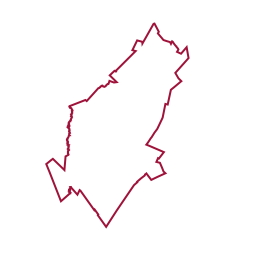 the district of San Carlos, Tamaulipas, Mexico, rotated 42°
{"feature_id": "50627088B50808135515574", "entity_name": "San Carlos", "entity_type": "district", "adm_level": 2, "iso_a3": "MEX", "parent_name": "Mexico", "parent_adm1": "Tamaulipas", "projection": "equal_earth", "projection_center": [-99.087, 24.498], "detail": "fine", "context": "isolated", "style": "outline", "palette": "rose", "viewbox_px": 256, "rotation_deg": 42, "n_neighbors": 0, "source": "geoboundaries", "source_scale": "gbopen_adm2", "svg_char_len": 4747}
<svg xmlns="http://www.w3.org/2000/svg" viewBox="0 0 256 256"><g transform="rotate(42 128 128)"><path d="M76.2,56.8L79.2,67.2L82.2,65.7L80.7,93.7L81.2,93.8L81.2,94.1L80.9,94.1L80.7,94.0L80.4,93.9L80.3,94.0L80.0,94.7L79.7,94.7L79.2,101.1L88.9,101.5L87.3,103.4L87.1,103.6L82.7,105.4L84.0,108.3L83.8,108.7L83.4,108.9L83.3,109.4L83.4,109.7L83.2,110.7L83.4,111.9L83.2,112.2L83.2,112.5L83.0,113.1L82.5,113.3L82.3,113.5L82.0,113.7L81.7,113.6L81.4,113.8L80.7,113.6L80.5,114.0L80.1,114.3L80.1,114.8L79.9,115.5L80.1,116.0L80.1,116.3L79.8,116.7L79.8,117.6L79.3,118.2L79.3,135.6L77.6,135.7L70.0,150.8L69.9,150.9L69.9,151.2L70.4,151.5L70.7,151.3L70.8,151.4L71.0,151.4L71.2,151.6L71.3,151.7L71.6,151.8L71.7,151.7L71.9,151.5L72.2,151.3L72.7,151.2L72.9,151.3L74.2,151.9L74.3,151.9L74.3,152.2L74.9,152.2L74.9,152.6L75.1,152.7L75.2,153.0L75.3,153.2L75.5,153.1L75.7,153.6L75.9,153.7L76.1,154.0L76.4,154.0L76.5,154.1L76.4,154.4L76.5,154.7L76.4,154.9L76.4,155.0L76.8,155.2L76.7,155.5L76.9,155.9L76.8,156.1L77.1,156.2L77.5,156.4L77.5,156.6L77.6,156.8L77.8,156.9L77.8,157.1L78.2,157.0L78.3,157.1L78.3,157.3L78.7,157.2L79.0,157.3L79.0,157.7L79.2,157.9L79.3,158.5L79.5,158.7L79.5,159.1L79.6,159.3L79.6,159.5L79.7,160.0L79.8,160.1L80.0,160.0L80.2,160.4L80.2,160.6L80.3,160.6L80.3,160.8L80.4,161.0L80.2,161.0L80.2,161.5L80.2,162.1L80.4,162.3L80.4,162.5L80.2,163.0L80.5,163.7L80.5,164.0L80.8,164.2L80.9,164.3L81.1,164.3L81.1,164.5L81.4,164.6L81.5,165.0L81.7,164.7L81.8,164.8L81.9,165.0L82.3,165.1L82.3,165.4L82.6,165.4L82.6,165.5L82.4,165.7L82.5,165.8L82.7,166.1L82.5,166.3L82.5,166.5L82.7,166.3L82.9,166.3L82.8,166.5L83.1,166.6L83.0,166.8L82.9,167.0L83.0,167.0L83.2,167.4L83.4,167.6L83.3,167.8L83.5,167.8L83.6,167.7L83.7,167.9L83.8,167.9L83.7,167.6L83.8,167.6L84.1,167.7L84.3,167.6L84.6,167.7L84.7,167.9L85.0,167.9L85.2,168.3L85.3,168.4L85.5,168.4L85.7,168.7L85.8,168.7L86.1,168.7L86.2,169.0L86.2,169.6L86.4,169.8L86.5,170.0L86.9,170.0L87.0,170.2L87.6,170.2L87.7,170.5L87.8,170.5L88.1,170.6L88.0,170.8L88.1,171.0L88.1,171.4L88.2,171.9L88.6,172.1L88.7,172.3L88.8,172.4L89.4,172.5L89.2,172.7L89.2,173.1L89.3,173.1L89.3,173.3L89.5,173.9L89.7,174.5L89.9,174.8L89.9,175.1L89.9,175.5L90.0,175.6L89.9,175.9L89.9,176.0L90.1,176.0L90.2,176.3L90.2,176.6L90.3,176.7L90.3,176.8L90.3,177.1L90.5,177.1L90.5,177.3L90.6,177.6L90.8,177.9L91.1,177.9L91.3,178.1L91.5,178.1L91.9,178.1L92.0,178.2L92.3,178.2L92.5,178.3L92.8,178.5L92.9,178.8L92.6,178.8L92.5,179.0L92.8,179.2L93.0,179.3L93.0,179.5L93.2,179.4L93.3,179.7L93.3,179.8L93.5,179.9L93.8,180.0L94.0,180.3L94.2,180.2L94.3,180.4L94.4,180.2L94.6,180.2L94.8,180.2L94.9,180.4L95.1,180.3L95.3,180.5L95.5,180.4L95.5,180.7L95.4,180.8L95.5,180.8L95.7,181.2L95.9,181.2L96.0,181.2L96.2,181.4L96.4,181.5L96.4,181.8L96.6,181.8L96.6,182.0L96.8,182.4L96.9,182.6L97.0,182.7L97.2,183.4L97.3,183.5L97.3,183.9L97.6,183.9L97.8,183.9L98.0,183.8L98.0,184.1L98.3,184.3L98.4,184.2L98.6,184.3L98.9,184.2L98.9,184.6L98.8,185.0L98.9,185.4L98.9,185.5L99.0,185.6L99.3,185.7L99.4,185.8L99.7,186.4L100.1,186.6L100.3,186.8L100.3,187.0L100.6,187.1L100.7,187.3L101.0,187.5L101.2,187.4L101.5,187.4L101.6,187.5L101.7,187.8L100.6,190.9L108.9,201.8L92.8,201.2L92.4,203.2L91.4,209.5L99.3,213.3L127.2,227.3L128.6,215.5L128.4,215.5L128.4,215.4L128.5,215.0L128.4,215.0L128.1,215.0L128.2,214.9L128.3,214.9L128.3,214.7L128.0,214.8L127.9,214.7L128.0,214.7L127.9,214.6L127.7,214.7L127.5,214.4L127.3,214.5L127.1,214.3L126.8,214.5L126.7,214.4L126.9,214.2L126.7,214.1L126.7,213.9L126.5,214.0L126.4,213.8L126.3,214.0L126.3,214.3L126.2,214.3L126.1,214.1L126.1,213.8L125.9,213.7L125.8,213.8L125.7,213.6L125.7,213.4L125.6,213.5L125.5,213.4L125.6,213.2L125.4,212.8L125.6,212.6L125.7,212.3L125.7,212.2L125.8,212.1L125.7,212.0L125.8,211.9L125.7,211.7L125.8,211.7L125.7,211.4L125.7,211.6L125.6,211.1L125.6,210.9L125.4,210.9L125.5,210.7L125.3,210.6L125.2,210.3L125.0,210.1L124.9,210.2L135.0,211.4L133.6,206.5L134.6,206.4L157.9,211.6L157.8,210.9L163.8,212.2L163.9,213.0L177.9,216.1L174.8,196.7L170.7,166.6L170.7,166.3L171.2,162.0L170.7,161.8L171.4,156.5L172.2,152.2L172.1,151.7L171.8,151.2L171.8,150.8L172.1,150.1L172.1,149.5L180.0,151.0L182.5,144.9L186.1,136.6L183.6,136.6L180.2,134.9L175.0,132.5L171.8,134.2L170.5,130.3L171.4,130.1L170.8,121.9L155.5,127.1L152.8,128.1L152.5,125.0L151.8,120.6L151.7,118.8L150.8,113.8L150.4,109.2L148.4,102.4L146.8,97.1L139.7,85.1L141.8,84.0L134.3,70.9L134.9,67.3L136.3,57.5L132.2,57.3L126.3,55.4L126.2,35.5L123.6,33.5L117.5,28.7L117.7,37.3L113.5,38.6L112.9,35.9L111.8,35.5L111.7,35.5L110.7,35.4L109.5,35.2L109.3,35.0L109.0,35.1L106.3,34.7L105.4,34.5L103.6,34.0L102.8,34.1L103.6,36.7L101.8,36.0L98.9,37.4L95.5,38.9L86.9,37.7L86.5,35.9L82.5,34.4L77.8,32.7L77.3,33.5L80.1,46.0L82.2,55.6L80.9,54.4L76.2,56.8Z" fill="none" stroke="#9f1239" stroke-width="2"/></g></svg>